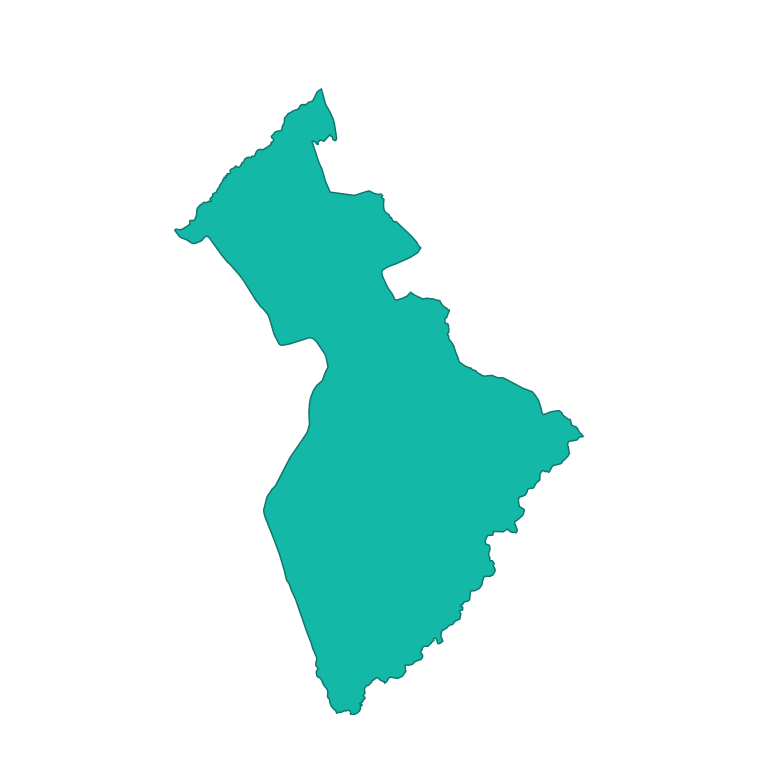 Ruangwa, Lindi, United Republic of Tanzania (Albers equal-area conic projection), rotated 159°
{"feature_id": "72390352B35310074637090", "entity_name": "Ruangwa", "entity_type": "district", "adm_level": 2, "iso_a3": "TZA", "parent_name": "United Republic of Tanzania", "parent_adm1": "Lindi", "projection": "albers", "projection_center": [38.983, -10.09], "detail": "fine", "context": "isolated", "style": "filled", "palette": "teal", "viewbox_px": 768, "rotation_deg": 159, "n_neighbors": 0, "source": "geoboundaries", "source_scale": "gbopen_adm2", "svg_char_len": 6142}
<svg xmlns="http://www.w3.org/2000/svg" viewBox="0 0 768 768"><g transform="rotate(159 384 384)"><path d="M216.8,263.6L217.6,266.5L218.6,268.2L219.8,274.7L220.6,275.8L221.8,276.3L223.6,278.5L222.8,283.9L224.8,285.3L228.2,290.8L228.3,293.4L229.9,296.2L233.3,297.3L239.2,298.3L243.9,298.1L246.2,298.4L246.7,299.6L246.7,301.9L246.1,304.4L245.6,313.4L246.9,319.4L248.3,323.6L255.7,330.1L270.2,346.8L276.0,349.4L280.1,353.4L287.1,355.2L289.8,357.0L290.1,358.1L292.2,360.3L293.3,362.3L293.7,363.8L296.1,365.3L297.4,368.1L298.2,368.2L301.8,371.6L306.0,377.8L305.5,381.3L305.7,388.5L305.2,394.6L306.1,399.2L307.1,401.3L306.9,402.0L307.4,403.4L306.4,405.5L307.2,407.5L304.6,409.6L302.9,415.6L302.7,416.7L303.4,417.7L305.1,418.8L304.1,422.7L301.5,423.8L299.1,426.7L296.8,428.8L296.8,430.0L297.9,430.7L298.5,432.6L299.7,433.6L301.4,437.1L302.1,441.9L305.1,443.6L307.2,445.5L313.7,448.9L317.1,449.3L323.6,456.0L326.2,460.1L331.0,457.8L335.6,457.4L341.5,457.7L343.1,458.3L343.7,459.5L344.0,464.8L345.8,471.7L346.3,476.3L346.8,485.9L345.9,489.7L344.3,490.9L340.3,491.8L334.3,492.1L329.7,491.9L314.0,492.8L305.6,494.5L300.9,497.9L302.2,501.0L302.7,504.9L305.5,512.4L314.5,531.3L317.1,532.2L317.6,536.8L318.4,537.0L318.7,540.2L321.3,544.1L321.4,547.2L320.5,550.9L317.9,556.5L319.5,559.0L317.9,560.3L318.7,562.4L321.8,563.2L325.2,565.7L328.5,569.5L331.4,570.0L343.9,570.6L365.5,582.4L366.0,594.0L364.9,607.3L365.4,613.4L364.3,636.0L362.8,635.9L361.6,634.6L360.5,631.6L359.5,631.4L359.0,633.3L356.6,634.4L355.1,634.2L353.1,632.1L345.1,636.1L344.9,634.7L343.6,633.2L344.0,630.5L342.9,628.9L341.7,628.7L340.2,630.3L336.9,645.3L336.5,649.5L337.0,657.3L338.3,665.7L336.7,681.8L339.3,681.4L342.0,680.4L349.2,673.7L353.2,674.0L357.6,672.6L358.1,673.4L361.0,674.3L363.0,673.6L363.8,672.6L365.9,671.3L371.7,671.6L372.5,671.1L376.9,670.7L379.2,669.0L381.5,668.1L383.8,662.9L384.6,662.7L386.5,661.0L388.6,657.7L389.5,657.3L392.1,658.2L395.7,658.2L397.0,657.1L400.3,655.6L400.7,654.6L399.6,652.7L399.7,651.3L400.1,650.3L402.8,649.9L403.3,649.4L403.4,648.1L413.0,646.0L415.4,647.4L417.9,647.7L420.1,646.5L422.7,643.6L424.4,643.2L425.1,643.8L426.1,643.8L426.9,642.9L429.2,644.2L431.1,644.5L433.4,643.8L435.3,641.7L437.4,641.4L438.3,640.0L439.2,639.8L440.8,638.2L443.3,638.9L444.1,640.6L447.1,639.4L450.0,639.3L451.1,638.6L451.7,635.9L452.5,635.6L454.7,636.4L455.4,636.2L455.4,635.4L455.9,635.0L457.2,635.0L457.3,633.4L458.2,633.4L459.0,634.2L459.6,633.1L460.9,632.7L460.7,632.1L466.2,628.3L467.4,626.6L469.6,625.5L471.8,623.2L475.4,622.8L476.3,622.1L476.3,620.7L479.9,619.4L480.0,616.5L480.9,616.4L481.6,617.2L482.5,617.5L483.4,617.0L484.9,617.0L486.0,617.8L487.6,618.1L488.9,617.4L491.2,617.1L495.1,615.0L496.2,613.8L498.7,608.6L501.8,605.1L504.5,605.2L505.7,606.0L507.1,605.7L507.9,602.6L517.2,600.7L520.8,601.8L522.3,603.0L523.4,603.1L524.2,602.3L522.3,595.4L521.2,593.5L516.8,589.6L512.5,583.9L510.0,582.9L503.1,583.1L498.1,585.7L496.3,585.3L495.2,584.4L494.7,583.1L489.2,562.1L486.3,553.5L485.2,551.7L480.1,538.2L478.1,531.1L473.8,508.8L471.4,500.5L469.9,497.6L467.6,490.9L467.4,486.3L468.8,469.8L467.6,459.0L466.7,457.4L463.8,456.3L457.4,455.2L437.0,454.0L434.6,452.5L433.4,451.0L431.6,447.0L428.5,433.2L428.4,430.1L430.2,419.8L434.6,415.9L440.3,409.3L447.2,406.8L451.8,403.6L457.5,397.4L460.7,392.1L464.2,384.6L468.0,373.1L472.0,367.6L474.4,365.4L481.4,360.4L498.0,349.1L521.9,327.8L526.6,325.7L528.3,324.2L531.7,322.1L534.0,320.1L541.5,309.5L542.3,306.4L542.7,301.8L542.4,278.8L542.6,262.2L543.9,245.7L545.2,236.0L544.2,231.5L544.4,224.7L543.7,214.7L544.9,179.9L544.8,168.2L545.3,163.0L544.9,153.4L545.3,151.2L547.8,147.7L548.3,146.2L548.5,145.0L547.6,143.1L547.8,141.7L550.5,139.5L551.2,135.9L550.9,134.4L549.4,133.0L548.5,130.7L548.3,125.1L546.7,119.9L546.5,117.3L548.6,112.8L548.7,110.8L547.9,109.2L548.7,105.6L548.7,102.3L547.5,98.7L546.1,96.2L546.2,93.7L543.6,93.6L541.5,92.8L537.7,93.2L537.3,92.6L533.7,92.1L532.9,90.2L532.9,89.0L533.6,88.0L532.7,87.2L529.7,86.2L527.0,86.4L524.3,87.4L522.2,89.3L522.1,90.7L521.3,91.5L519.9,91.7L519.5,92.2L520.0,93.0L521.3,93.6L521.4,94.3L520.7,94.6L519.7,94.3L517.5,95.2L517.5,96.2L514.6,97.1L514.2,98.0L515.1,100.5L512.5,102.2L512.1,104.6L511.0,107.1L508.8,108.5L506.5,108.3L502.6,110.0L501.4,111.5L499.8,111.4L496.4,112.5L494.9,111.7L493.4,108.5L490.7,106.1L490.6,104.6L488.6,104.9L485.2,107.6L483.2,108.1L476.8,104.2L472.0,104.6L470.0,105.5L466.6,108.0L465.4,113.3L464.3,114.0L462.5,112.8L458.2,112.1L454.1,113.8L448.1,113.6L446.1,114.9L445.2,116.7L445.2,118.0L446.1,118.6L445.3,121.3L444.8,122.0L443.6,122.3L442.5,124.2L440.6,124.8L436.6,123.4L435.2,124.3L432.9,125.0L431.9,125.9L429.2,126.8L429.1,128.4L427.9,128.6L427.0,128.3L426.4,126.8L426.8,122.8L426.3,122.0L424.7,121.8L422.5,122.4L421.1,123.1L421.3,127.8L420.9,129.2L418.7,132.4L418.1,132.9L412.7,133.8L410.6,135.0L408.3,135.3L405.8,135.0L403.7,136.6L402.1,137.2L397.6,137.3L394.5,142.1L395.1,143.5L394.8,144.8L394.0,145.2L391.6,144.9L390.7,146.9L390.8,148.2L392.2,149.0L392.0,149.5L391.4,150.1L389.4,150.2L387.1,151.8L382.9,151.2L381.4,152.0L377.3,159.8L373.4,158.5L368.4,158.9L365.5,160.7L363.6,162.6L363.0,164.3L360.8,167.1L359.4,168.1L358.1,168.1L353.9,166.4L350.7,166.8L348.1,168.8L347.1,170.0L346.7,172.0L347.2,175.1L345.5,176.9L346.0,179.6L346.6,180.4L348.2,180.9L348.4,181.8L347.6,183.3L347.5,187.0L346.9,188.5L344.5,191.3L343.4,194.7L343.7,195.9L345.8,197.6L346.3,198.8L345.8,201.0L343.6,203.8L341.2,205.4L336.7,203.9L335.2,205.8L334.7,207.2L325.7,203.3L321.1,204.4L318.3,200.1L313.9,197.8L312.3,199.1L311.8,201.3L311.9,207.1L311.4,208.5L307.0,209.6L301.5,211.7L298.2,215.6L298.5,217.2L301.3,220.7L301.3,222.8L300.1,227.8L298.2,229.9L295.1,229.6L291.7,229.8L288.9,232.2L288.1,233.7L286.7,234.4L284.7,234.3L283.6,233.5L281.4,233.6L277.9,236.6L276.5,237.4L273.6,238.2L272.5,239.3L271.5,242.3L270.0,244.8L267.3,246.2L265.9,245.8L264.9,244.3L263.7,244.3L262.9,243.8L261.8,242.5L260.1,243.6L256.8,246.6L255.0,247.2L247.8,246.3L246.1,246.8L244.3,248.4L242.9,248.5L237.9,250.8L235.6,253.0L235.6,254.6L234.4,259.3L234.6,261.5L232.4,264.2L224.7,262.7L223.2,262.8L221.8,264.1L220.8,264.4L216.8,263.6Z" fill="#14b8a6" stroke="#0f766e" stroke-width="1.5"/></g></svg>